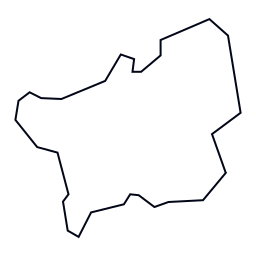 the district of Aweil South, Northern Bahr el Ghazal, South Sudan
{"feature_id": "79223893B68307976822083", "entity_name": "Aweil South", "entity_type": "district", "adm_level": 2, "iso_a3": "SSD", "parent_name": "South Sudan", "parent_adm1": "Northern Bahr el Ghazal", "projection": "natural_earth1", "projection_center": [27.717, 8.666], "detail": "fine", "context": "isolated", "style": "outline", "palette": "ink", "viewbox_px": 256, "rotation_deg": 0, "n_neighbors": 0, "source": "geoboundaries", "source_scale": "gbopen_adm2", "svg_char_len": 487}
<svg xmlns="http://www.w3.org/2000/svg" viewBox="0 0 256 256"><path d="M203.0,200.2L225.8,172.8L225.7,172.7L212.0,134.1L240.6,112.8L228.0,35.6L209.4,19.1L160.6,40.0L160.6,55.4L141.1,71.8L132.5,71.8L134.1,59.1L120.8,54.5L105.2,80.9L61.4,99.0L41.1,98.1L29.6,92.3L18.5,100.8L15.4,119.9L37.2,147.1L57.5,152.6L68.5,194.3L63.0,201.6L67.7,230.6L78.6,236.9L91.1,212.4L123.9,204.3L130.2,194.3L138.7,195.2L154.4,207.0L168.5,202.0L203.0,200.2Z" fill="none" stroke="#020617" stroke-width="2"/></svg>